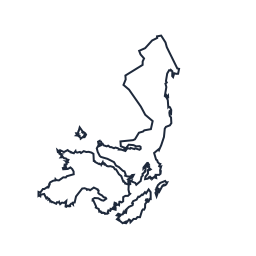 outline of Vågsøy nor, Sogn og Fjordane, Norway, rotated 293°
{"feature_id": "86288312B93640020116268", "entity_name": "Vågsøy nor", "entity_type": "district", "adm_level": 2, "iso_a3": "NOR", "parent_name": "Norway", "parent_adm1": "Sogn og Fjordane", "projection": "mercator", "projection_center": [5.158, 61.959], "detail": "fine", "context": "isolated", "style": "outline", "palette": "slate", "viewbox_px": 256, "rotation_deg": 293, "n_neighbors": 0, "source": "geoboundaries", "source_scale": "gbopen_adm2", "svg_char_len": 5700}
<svg xmlns="http://www.w3.org/2000/svg" viewBox="0 0 256 256"><g transform="rotate(293 128 128)"><path d="M108.4,128.5L108.5,132.6L107.2,132.8L107.3,133.6L112.9,135.2L114.4,139.8L114.3,142.7L115.8,145.8L115.6,146.9L113.9,147.8L112.5,147.1L112.1,142.5L111.1,142.1L110.7,138.2L109.7,138.0L109.4,136.1L108.3,135.1L105.8,134.6L105.5,130.4L104.9,128.8L105.3,129.0L105.0,127.7L105.4,126.7L105.1,124.1L103.9,123.0L103.9,120.1L103.4,119.0L104.0,116.6L102.8,115.6L102.5,112.2L103.7,110.7L103.6,109.7L104.9,108.5L104.9,107.3L104.0,106.8L104.7,106.6L103.7,105.8L101.4,107.3L101.8,107.8L101.0,107.7L102.2,110.5L99.6,108.1L100.7,107.6L97.1,107.2L94.1,109.5L91.2,113.0L90.8,114.5L91.6,121.2L91.1,128.5L88.7,131.6L88.5,134.8L86.6,140.0L86.7,141.7L84.3,144.0L83.0,144.0L83.2,146.5L84.2,149.2L86.3,150.1L87.1,151.6L83.8,151.3L83.0,149.9L82.7,150.9L82.4,149.3L80.7,148.1L80.0,150.9L80.9,151.8L80.2,151.8L80.3,156.2L79.0,157.8L84.9,160.7L84.4,160.3L88.3,159.5L90.1,160.2L91.3,159.3L94.7,160.9L95.1,160.6L94.1,159.9L95.9,160.7L98.8,159.3L97.5,159.2L97.5,158.2L96.9,158.0L97.7,157.7L103.3,159.3L103.6,160.0L102.8,161.1L102.0,159.5L99.8,159.8L99.8,161.0L100.7,161.1L101.1,162.4L99.2,163.3L98.8,165.0L97.9,164.4L98.4,163.5L97.1,162.8L93.8,164.2L90.0,163.1L87.6,163.7L89.1,166.0L91.2,166.7L90.5,168.1L91.4,168.1L91.0,168.8L91.4,169.5L90.5,170.1L94.2,171.6L92.9,172.1L93.0,173.5L95.7,171.8L97.0,175.0L98.6,175.8L101.3,175.0L101.6,174.4L101.2,174.3L101.8,174.0L105.4,173.5L104.8,172.9L105.0,171.6L107.5,171.8L107.4,170.6L108.3,168.6L109.7,167.5L109.9,166.2L115.2,161.8L120.4,164.5L119.8,165.2L125.1,165.3L133.8,164.6L141.8,162.1L143.9,162.5L146.8,165.5L149.4,166.0L154.5,163.5L155.5,161.7L158.2,160.1L160.7,159.6L158.6,160.7L158.1,162.0L161.4,160.8L163.5,158.5L163.6,157.1L163.0,156.9L169.3,153.7L171.0,151.6L171.8,152.4L171.0,153.4L173.2,152.3L172.2,152.1L173.5,150.1L171.3,151.1L171.8,149.4L180.7,147.3L183.5,145.1L185.0,145.9L186.0,144.6L193.5,142.8L197.3,143.3L197.5,144.8L198.2,144.8L197.5,146.7L193.1,148.4L192.5,149.6L196.5,149.2L196.7,151.2L197.5,152.9L202.4,151.9L202.1,150.1L217.6,132.1L221.4,129.1L226.0,122.4L223.7,118.9L222.3,119.7L218.0,116.0L208.2,112.6L203.4,108.1L200.6,110.8L198.3,115.6L195.0,115.5L191.8,116.8L175.3,105.1L171.8,106.9L165.9,107.0L163.7,114.0L152.7,131.5L146.9,138.7L144.0,148.0L135.9,149.5L132.2,143.9L130.6,143.2L127.9,139.9L120.3,138.8L118.8,137.4L112.7,126.3L108.4,128.5ZM34.2,70.6L30.6,72.1L31.2,72.5L30.9,74.0L32.5,73.6L34.5,76.6L31.3,80.3L32.5,80.7L31.8,82.5L31.1,82.7L31.8,83.3L30.2,84.9L30.8,85.0L30.0,87.0L30.4,87.3L30.2,91.5L32.0,91.7L32.3,93.4L33.0,93.5L31.4,95.3L33.5,96.4L34.1,98.5L36.7,99.7L31.3,101.2L31.3,102.0L33.1,103.0L32.8,104.3L33.4,105.3L34.4,104.6L36.1,105.2L36.7,106.0L36.2,107.2L37.7,106.4L38.6,108.0L44.7,106.9L54.4,109.5L55.6,111.6L55.7,114.3L55.2,114.5L56.2,115.9L55.9,117.4L59.8,119.8L59.6,124.2L59.0,124.4L58.9,125.4L56.6,126.0L56.0,127.5L55.8,130.4L54.8,132.6L55.1,134.7L54.4,135.6L51.6,133.9L51.2,132.0L51.7,128.1L50.5,124.6L48.7,123.3L47.3,123.8L47.5,124.7L43.3,129.3L42.2,129.4L42.0,132.7L39.9,134.2L40.3,134.5L39.9,135.9L40.3,135.9L39.9,136.6L40.2,137.6L39.8,137.6L40.7,139.7L40.0,140.3L41.1,142.6L42.0,143.1L42.6,142.2L44.5,142.1L44.8,144.0L46.7,143.6L46.7,144.6L49.0,145.4L48.5,146.6L47.6,146.2L47.9,148.5L49.6,147.9L50.9,146.0L51.7,146.5L52.1,145.3L54.0,144.9L54.0,146.6L52.1,147.3L53.7,148.7L53.5,149.9L56.7,148.9L57.1,149.5L57.0,151.2L58.6,152.2L62.5,150.6L64.5,152.1L65.5,154.5L68.3,155.7L68.5,154.6L71.5,152.5L76.2,150.8L77.2,152.0L78.1,151.5L78.4,149.4L76.1,150.5L75.8,147.1L76.5,147.0L76.8,145.1L77.3,144.8L77.0,144.4L81.1,140.6L81.9,137.7L85.2,133.2L84.9,132.0L86.3,130.0L86.0,126.8L84.9,124.7L84.8,123.1L86.0,120.6L85.3,120.4L86.0,119.5L85.5,119.0L86.7,118.1L84.0,117.8L84.4,117.5L83.8,117.3L84.0,115.7L83.5,115.5L83.9,110.9L84.6,110.2L84.3,109.4L90.7,106.3L91.1,104.0L90.7,101.1L89.6,99.0L89.4,96.3L86.6,94.5L87.2,93.1L85.5,90.8L85.6,89.1L86.2,88.7L83.6,88.0L83.2,85.0L83.6,85.0L83.6,82.3L84.1,81.1L80.8,78.4L81.0,74.4L79.8,74.7L80.0,73.8L79.5,73.7L80.1,71.7L78.4,72.9L78.3,74.9L77.7,75.0L78.0,76.8L77.3,76.0L76.7,78.1L74.7,77.6L75.8,79.8L75.2,80.9L75.7,82.7L75.2,83.8L75.4,85.6L73.6,85.5L73.1,84.0L72.7,85.9L71.6,84.9L70.6,85.7L69.6,85.2L69.5,84.0L68.7,84.2L69.1,84.8L67.7,86.3L65.7,83.7L64.7,84.5L66.8,88.6L69.2,90.4L68.4,92.7L66.7,94.9L64.2,96.1L59.7,90.5L58.2,90.1L57.3,87.7L52.8,84.9L52.0,82.4L52.6,81.2L51.3,81.5L50.3,79.8L47.6,77.6L45.5,77.3L45.6,76.5L45.5,77.9L42.1,78.0L41.7,77.0L42.1,76.8L39.1,74.8L38.6,73.5L34.3,72.5L34.2,70.6ZM45.3,152.5L43.2,151.8L43.5,154.9L39.7,153.5L39.5,154.8L40.3,154.4L40.4,155.6L39.7,155.6L38.3,160.3L40.4,162.1L39.3,162.2L39.6,163.5L44.2,164.7L43.9,166.0L42.2,167.1L46.5,168.7L47.4,170.9L49.7,171.5L50.6,173.9L57.3,173.2L58.8,173.5L59.1,174.7L61.4,174.8L64.7,173.5L67.7,174.3L68.2,172.7L69.3,172.6L70.0,173.7L68.3,174.4L68.8,175.2L67.7,174.8L68.1,175.6L71.5,175.9L71.6,176.6L77.8,173.9L79.5,171.0L74.9,170.2L75.6,168.7L72.1,167.7L72.2,166.9L69.0,165.4L68.8,164.3L65.4,163.9L62.8,161.4L60.5,161.1L60.3,162.1L58.7,162.4L55.8,159.7L51.3,157.8L50.5,157.8L51.4,158.8L49.1,159.3L49.1,158.5L47.5,157.1L47.9,156.8L46.5,156.9L45.4,155.4L45.3,152.5ZM81.9,177.9L81.1,178.9L79.0,178.6L76.3,181.0L82.8,180.6L81.8,181.7L88.4,182.3L89.6,183.1L89.0,183.5L90.1,184.8L91.6,185.3L93.3,185.4L92.8,184.6L93.8,182.9L90.1,179.2L87.1,177.9L84.0,177.8L84.0,178.6L83.4,177.8L82.6,178.6L81.9,177.9ZM103.6,84.0L102.9,82.4L102.1,83.3L102.5,84.3L101.0,83.4L101.8,86.2L101.1,86.1L100.6,88.0L99.7,88.6L102.8,90.4L102.2,90.8L102.6,91.6L105.5,92.0L106.0,91.3L104.7,90.5L106.5,90.3L106.9,88.8L106.0,88.3L106.2,87.5L107.1,87.5L109.7,83.3L105.9,83.8L106.1,84.4L105.5,83.6L103.6,84.0Z" fill="none" stroke="#1e293b" stroke-width="2"/></g></svg>